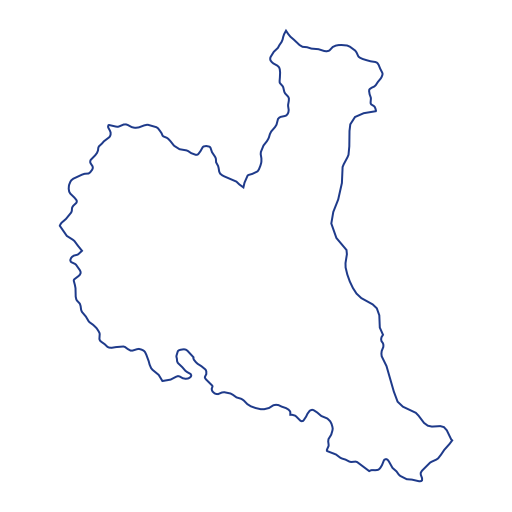 an SVG outline of Zajecarski
{"feature_id": "SRB-844", "entity_name": "Zajecarski", "entity_type": "District", "adm_level": 1, "iso_a3": "SRB", "parent_name": "Republic of Serbia", "parent_adm1": "", "projection": "albers", "projection_center": [22.117, 43.747], "detail": "fine", "context": "isolated", "style": "outline", "palette": "blue", "viewbox_px": 512, "rotation_deg": 0, "n_neighbors": 0, "source": "natural_earth", "source_scale": "10m", "svg_char_len": 5951}
<svg xmlns="http://www.w3.org/2000/svg" viewBox="0 0 512 512"><path d="M375.8,111.2L363.7,113.2L355.0,117.0L350.3,124.3L349.5,130.9L349.3,146.4L348.5,154.8L347.5,157.2L343.7,164.3L342.6,167.0L341.9,183.0L338.2,199.5L333.3,211.9L331.3,223.5L336.4,238.0L346.5,250.0L346.9,254.2L345.5,263.1L345.6,267.5L347.3,274.5L349.8,281.5L352.9,288.0L356.5,293.6L361.3,298.1L372.7,304.4L376.8,308.3L379.3,315.3L379.8,327.6L383.0,334.8L381.5,337.2L381.1,339.2L381.5,341.2L382.8,343.0L383.3,344.3L383.4,345.6L383.3,347.0L381.7,351.0L381.4,353.7L381.7,356.3L386.5,366.1L393.8,391.5L397.6,401.7L402.9,406.7L415.8,412.8L418.5,415.6L424.0,422.9L427.8,425.7L431.9,426.6L440.3,426.1L443.9,427.1L446.8,430.3L451.2,439.4L452.2,440.4L449.4,444.1L444.3,449.8L441.0,454.7L438.1,458.4L436.3,459.6L431.7,461.7L430.1,462.6L422.1,470.6L421.3,471.8L420.7,473.0L420.8,474.8L422.0,478.0L422.1,479.0L422.0,480.4L421.3,481.0L419.9,481.3L418.8,481.2L411.9,479.6L406.7,479.2L400.2,475.9L398.7,474.5L396.5,471.4L392.5,467.9L388.8,461.3L387.7,459.9L386.6,459.2L385.6,459.2L384.4,459.7L383.9,460.4L382.0,465.1L380.5,467.6L379.5,468.8L378.5,469.6L377.7,469.9L375.5,470.2L371.8,470.1L370.6,470.4L369.2,471.1L357.2,462.1L355.6,461.6L351.1,462.0L349.4,461.6L345.5,459.6L342.2,458.6L340.4,457.8L336.0,454.5L327.2,451.1L326.9,450.8L326.9,449.8L328.6,445.9L328.6,444.6L328.2,441.4L328.5,439.1L331.2,434.7L332.4,430.6L332.7,428.7L332.4,426.8L331.5,423.8L330.2,421.3L328.1,419.2L327.1,418.4L321.3,416.0L317.2,412.5L314.0,410.4L312.8,409.9L311.8,409.9L310.3,410.4L309.6,410.9L307.5,413.7L306.1,416.6L303.7,420.2L302.9,421.0L301.4,421.2L300.4,420.7L296.1,416.4L295.0,415.6L292.2,414.8L290.3,414.8L290.3,412.0L289.8,411.0L288.5,409.6L286.0,408.1L281.6,406.6L278.5,405.1L276.1,404.8L274.1,405.1L273.3,405.3L269.0,408.0L264.2,409.2L260.7,409.2L255.5,408.0L250.8,406.3L247.3,404.1L243.9,400.6L242.4,399.5L240.9,398.7L236.5,397.4L232.9,394.8L230.5,393.5L224.2,392.2L221.9,392.5L218.1,394.1L216.3,394.0L214.6,393.4L212.7,391.7L212.0,390.5L211.7,388.9L212.5,386.5L212.3,385.7L205.8,379.2L204.9,377.7L205.0,376.7L206.3,374.1L206.3,371.6L205.9,370.2L205.2,369.3L201.4,366.2L197.6,363.8L195.8,362.1L193.9,359.7L193.4,358.4L193.4,357.7L193.5,357.3L187.5,350.8L186.1,349.8L184.8,349.4L183.5,349.3L180.4,349.8L178.9,350.3L178.0,351.0L177.7,351.6L176.5,355.6L176.4,356.6L176.9,358.8L177.1,361.2L177.7,362.7L178.3,363.4L182.3,367.2L185.4,370.8L187.2,372.1L190.6,374.0L191.2,375.2L191.2,375.8L190.8,376.7L189.5,377.8L188.0,378.5L185.6,378.8L182.7,378.2L179.7,376.5L178.0,376.1L176.2,376.7L170.6,379.6L162.4,381.0L158.7,374.9L152.5,369.8L151.1,368.1L149.6,364.6L148.7,361.2L146.3,354.7L145.1,352.2L144.3,351.2L143.2,350.4L141.5,349.6L138.9,348.9L137.0,349.2L132.5,350.6L130.6,350.6L127.7,349.0L125.0,347.0L123.4,346.5L115.9,347.1L111.6,347.8L109.2,347.6L107.5,346.9L104.7,344.2L101.3,341.8L100.0,340.6L99.4,339.0L99.7,334.1L99.5,333.0L98.5,331.1L96.6,328.2L94.9,326.5L93.2,324.9L89.5,322.2L88.6,321.2L85.9,316.6L82.1,312.1L81.5,310.9L81.1,309.7L80.6,306.1L80.0,304.1L79.6,303.4L76.9,300.5L76.3,299.4L75.7,296.7L75.5,288.2L74.9,285.0L73.8,280.9L73.8,280.2L74.1,279.5L74.9,278.8L78.6,276.0L79.9,274.7L80.6,273.1L80.6,272.0L80.0,270.4L76.0,264.7L75.0,263.9L71.4,262.2L70.8,261.7L70.3,260.3L70.4,259.7L71.1,258.0L72.1,256.8L73.9,255.6L77.1,254.8L78.2,254.3L82.0,250.8L77.8,245.6L74.4,241.0L72.8,239.7L66.8,235.9L59.8,225.8L60.4,224.4L61.5,222.8L66.0,218.9L71.2,212.5L71.8,210.9L72.0,208.4L72.2,207.4L73.3,205.7L76.3,202.9L76.7,202.0L76.8,201.0L76.3,199.9L74.5,197.7L70.3,193.6L69.2,191.7L68.7,188.8L68.9,186.0L69.2,184.6L70.4,181.7L71.3,180.3L73.3,178.7L81.9,174.7L84.5,173.8L88.6,173.5L90.2,172.3L92.1,169.8L92.6,168.7L92.8,167.9L92.7,166.9L92.5,166.2L90.6,163.3L90.2,162.1L90.3,160.9L90.7,159.9L95.2,155.3L97.0,152.9L98.0,150.4L98.3,147.8L98.9,146.4L102.0,143.5L103.9,141.3L109.3,137.2L110.0,136.2L110.4,135.2L110.6,134.4L110.6,132.5L109.9,130.6L108.2,127.5L108.1,126.3L108.5,125.2L109.0,125.0L116.0,126.6L117.9,126.8L119.2,126.4L123.7,124.5L126.0,124.4L127.8,125.0L131.7,127.1L134.2,127.7L135.7,127.8L138.8,127.4L144.2,125.4L146.9,124.8L148.0,124.8L156.4,127.2L158.0,128.3L160.2,131.2L161.6,133.3L162.6,135.7L163.4,136.4L166.8,137.8L168.2,138.8L170.3,141.0L173.7,145.3L174.3,145.9L179.5,149.2L186.5,150.4L188.2,151.1L191.1,153.1L195.7,154.8L196.9,154.8L197.9,154.4L198.5,153.8L200.5,151.1L202.7,147.2L203.5,146.5L206.2,146.0L209.2,146.6L209.9,147.0L210.5,147.8L212.0,152.2L215.0,156.7L215.6,157.9L215.9,159.0L216.1,162.3L218.1,166.0L218.6,168.0L219.2,171.6L220.1,173.6L222.2,175.3L224.3,176.4L236.4,181.6L239.3,184.4L243.4,187.4L244.5,182.7L247.6,175.6L248.4,175.0L252.3,173.9L257.1,171.6L257.7,171.2L258.9,169.4L260.4,165.7L261.2,162.9L261.4,161.4L261.4,158.4L260.7,154.1L260.9,151.9L263.5,145.5L266.9,141.2L268.2,139.0L268.9,137.5L269.9,134.1L271.2,131.5L275.0,127.1L276.5,124.7L278.0,119.0L279.2,117.7L280.6,116.9L284.9,116.0L286.4,115.4L287.8,113.7L288.4,112.2L288.7,110.0L288.1,106.0L288.1,104.8L288.8,100.9L288.9,98.5L288.5,97.3L287.9,96.4L285.1,93.4L284.7,92.6L284.3,91.8L283.2,87.2L282.6,86.1L280.1,83.3L279.7,82.6L279.6,81.1L279.9,77.3L280.1,72.6L279.8,69.5L279.4,68.1L278.9,67.1L277.3,65.6L273.3,63.4L271.7,62.0L270.5,60.4L270.2,59.1L270.3,57.8L270.7,56.8L273.8,51.8L277.9,47.9L279.4,45.1L281.6,41.9L282.6,39.5L283.2,36.9L284.1,34.2L286.0,30.7L288.2,34.0L290.4,36.7L293.9,39.7L299.5,45.0L302.5,46.8L307.0,47.2L311.4,48.6L318.5,49.2L324.2,51.0L326.5,51.3L328.8,50.8L329.7,50.2L332.7,47.0L335.8,45.6L338.5,45.1L341.4,45.0L347.1,45.5L349.9,46.7L355.2,50.6L356.5,52.4L358.2,56.1L358.7,56.8L360.1,57.8L362.7,59.0L366.6,60.2L370.6,61.3L375.3,62.0L376.8,62.6L377.6,63.3L378.7,65.0L380.2,68.7L382.1,72.4L382.5,73.4L382.5,74.4L382.3,75.2L381.6,77.0L380.8,78.4L377.9,81.9L375.8,85.1L374.3,86.5L371.7,87.7L369.8,89.0L369.3,89.6L369.1,91.1L369.6,94.2L370.8,97.6L370.9,98.7L370.6,102.5L370.7,103.5L371.2,104.4L373.8,106.0L374.7,106.9L375.4,108.5L376.0,110.8L375.8,111.2Z" fill="none" stroke="#1e3a8a" stroke-width="2"/></svg>